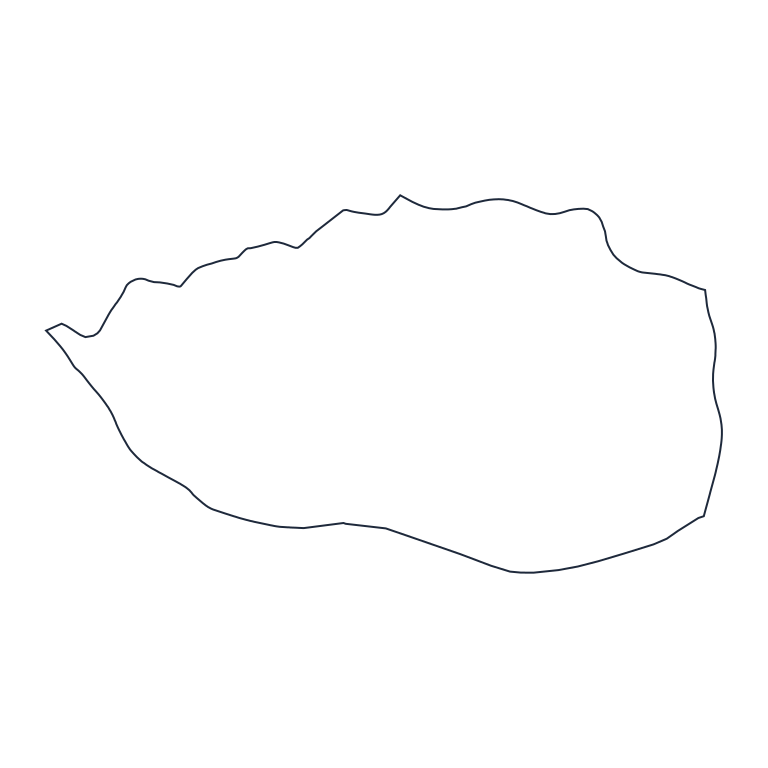 Hoeksche Waard, Zuid-Holland, Netherlands
{"feature_id": "6326949B49925038629159", "entity_name": "Hoeksche Waard", "entity_type": "district", "adm_level": 2, "iso_a3": "NLD", "parent_name": "Netherlands", "parent_adm1": "Zuid-Holland", "projection": "mercator", "projection_center": [4.434, 51.765], "detail": "fine", "context": "isolated", "style": "outline", "palette": "slate", "viewbox_px": 768, "rotation_deg": 0, "n_neighbors": 0, "source": "geoboundaries", "source_scale": "gbopen_adm2", "svg_char_len": 6015}
<svg xmlns="http://www.w3.org/2000/svg" viewBox="0 0 768 768"><path d="M494.0,199.4L489.4,199.8L484.7,200.6L484.3,200.7L479.7,201.7L475.3,202.7L471.1,204.2L470.2,204.6L466.5,206.2L466.0,206.4L462.1,207.2L461.3,207.4L456.9,208.5L456.7,208.6L456.2,208.7L455.0,208.8L451.7,209.2L448.1,209.4L446.5,209.4L442.4,209.4L434.6,209.0L433.3,208.9L428.7,208.1L428.1,207.9L424.0,206.8L423.6,206.7L419.8,205.2L419.2,205.0L418.7,204.8L412.4,201.9L400.9,195.7L400.2,195.3L390.2,206.8L388.8,208.6L387.1,210.5L385.6,211.9L383.7,213.2L381.7,214.1L379.6,214.6L377.4,214.8L375.0,214.8L372.7,214.6L370.3,214.3L365.7,213.6L363.4,213.3L358.7,212.7L356.4,212.3L354.1,211.9L351.8,211.4L349.6,210.8L347.9,210.3L346.7,210.0L346.4,210.0L344.9,210.1L344.1,210.2L343.1,210.4L321.0,227.6L316.3,231.2L311.7,235.7L309.4,238.1L307.1,239.6L302.4,244.3L300.1,246.2L297.8,247.8L295.5,247.8L293.1,247.1L288.4,245.3L283.7,243.6L279.0,242.4L276.6,242.0L274.3,242.0L272.4,242.4L269.6,243.2L264.4,244.8L257.8,246.6L250.7,248.2L247.8,248.3L246.1,249.2L244.5,250.6L242.3,252.8L238.6,256.8L237.2,257.7L235.8,258.3L233.8,258.6L228.7,259.2L225.4,259.7L220.7,260.7L216.1,262.0L211.7,263.5L207.1,264.7L202.7,266.2L198.1,268.1L195.7,269.7L192.2,272.9L186.7,279.1L181.0,285.9L180.4,286.4L179.4,286.6L178.3,286.5L177.1,286.3L173.7,284.9L167.3,283.5L159.9,282.4L154.0,282.1L148.6,280.7L145.3,279.3L142.8,278.8L140.3,278.7L138.1,278.9L135.5,279.5L130.7,281.8L128.7,283.3L126.8,285.2L125.6,287.4L123.6,291.9L121.3,295.8L120.9,296.6L118.6,300.0L117.0,302.4L115.5,304.2L114.3,306.0L112.4,308.7L111.6,309.7L110.1,312.1L108.5,314.8L107.7,316.3L103.6,323.8L100.0,330.4L97.4,333.3L93.5,335.7L91.8,336.0L85.4,337.1L81.9,335.6L80.4,335.0L79.0,334.1L77.6,333.2L75.8,332.0L74.5,331.2L73.9,330.7L66.4,325.9L61.6,323.7L46.1,330.6L54.2,339.2L58.0,343.6L60.4,346.4L62.8,349.4L65.2,352.7L67.6,356.2L70.0,360.0L72.4,363.9L73.6,365.8L74.8,367.4L75.4,368.0L76.0,368.6L77.2,369.6L78.3,370.5L79.5,371.6L81.0,373.1L81.9,374.0L83.1,375.4L84.3,376.9L86.7,380.1L89.1,383.2L91.5,386.2L93.9,389.1L94.9,390.2L95.9,391.3L98.6,394.4L101.0,397.4L103.4,400.6L104.5,402.1L105.8,403.9L107.0,405.7L108.2,407.3L109.8,410.1L110.6,411.3L111.8,413.6L112.6,415.1L112.9,415.8L113.0,416.0L113.7,417.5L114.3,418.9L114.6,419.8L115.3,421.3L115.5,421.7L116.0,423.1L116.3,424.0L117.5,426.7L118.0,427.8L119.1,430.1L120.3,432.5L121.5,434.9L122.8,437.3L123.8,439.2L125.3,441.7L126.3,443.5L127.5,445.6L128.7,447.5L129.2,448.2L129.9,449.3L131.1,450.8L133.5,453.5L134.9,455.0L137.0,457.2L139.5,459.5L140.6,460.5L141.8,461.6L143.1,462.5L144.1,463.1L146.5,464.9L148.7,466.3L150.1,467.2L150.5,467.4L151.3,468.0L153.1,469.0L153.9,469.4L157.7,471.5L157.9,471.7L158.6,472.1L161.9,473.8L162.4,474.1L163.5,474.7L166.7,476.5L166.9,476.6L167.3,476.8L167.6,477.0L168.9,477.7L172.8,479.8L175.4,481.2L179.0,483.2L180.0,483.7L181.7,484.8L182.6,485.3L184.8,486.7L185.5,487.1L186.0,487.5L186.5,487.9L187.3,488.5L188.0,489.1L188.8,489.7L189.2,490.1L189.6,490.4L190.1,491.0L190.7,491.7L191.4,492.4L192.2,493.5L193.1,494.6L193.8,495.3L194.2,495.7L194.7,496.1L196.8,498.0L198.7,499.6L200.2,500.9L200.8,501.4L202.9,503.2L205.0,504.8L205.4,505.2L205.9,505.5L206.4,505.9L206.6,506.0L207.2,506.4L207.9,506.9L208.2,507.1L208.6,507.3L208.8,507.4L209.0,507.5L210.1,508.1L210.6,508.4L210.8,508.5L211.5,508.8L212.6,509.3L212.9,509.4L213.6,509.7L214.4,509.9L214.8,510.1L215.3,510.2L216.1,510.5L225.5,513.6L229.0,514.7L231.4,515.5L231.8,515.6L233.6,516.2L235.7,516.8L238.8,517.8L240.9,518.4L243.5,519.1L246.4,519.9L248.1,520.3L250.3,520.9L252.3,521.3L254.2,521.8L260.9,523.2L269.0,524.9L270.8,525.3L271.4,525.4L272.5,525.6L274.4,526.0L275.6,526.2L276.8,526.4L278.3,526.6L279.7,526.8L281.0,526.9L282.8,527.0L287.3,527.3L289.9,527.4L290.4,527.5L295.5,527.7L299.3,527.9L303.7,528.1L343.5,523.0L345.7,523.8L385.8,528.4L411.7,537.3L460.2,554.1L491.2,565.8L510.0,571.6L520.8,572.6L533.4,572.7L558.4,570.1L577.9,566.5L598.0,561.3L623.2,553.8L653.5,544.4L666.8,538.7L677.6,531.1L698.4,518.0L703.8,516.2L705.6,509.5L707.5,502.6L709.7,494.5L710.3,492.1L714.9,475.3L715.7,472.1L716.3,469.4L717.6,463.9L719.2,456.2L720.2,450.5L721.0,444.7L721.1,444.2L721.5,440.7L721.7,438.4L721.8,436.5L721.9,434.3L721.9,432.6L721.9,430.6L721.9,429.8L721.5,424.8L720.5,418.4L720.1,416.7L719.6,414.6L718.2,409.6L716.4,403.7L715.1,398.6L714.2,393.5L714.0,392.5L713.9,391.3L713.8,391.1L713.8,390.8L713.5,388.2L713.4,387.1L713.0,380.8L713.0,380.1L713.1,375.0L713.1,374.1L713.5,369.5L714.4,362.6L714.7,361.2L715.1,358.4L715.4,355.6L715.4,353.9L715.5,351.7L715.6,349.4L715.7,348.3L715.7,346.0L715.6,343.8L715.5,342.3L715.4,341.3L715.3,339.8L715.2,338.7L714.5,333.3L714.3,332.7L713.6,329.3L713.0,327.0L712.1,324.2L710.4,319.2L709.3,315.9L708.3,312.0L708.2,311.4L707.6,308.5L707.1,306.2L706.7,303.1L706.2,298.2L705.7,295.0L705.1,290.0L701.2,289.0L698.8,288.3L696.9,287.5L696.5,287.3L691.9,285.5L689.5,284.6L687.2,283.6L684.8,282.4L682.2,281.2L678.2,279.5L675.5,278.4L672.0,277.1L670.6,276.7L669.3,276.2L665.3,275.2L662.4,274.8L660.1,274.4L658.1,274.2L655.2,273.8L652.3,273.5L642.8,272.5L641.6,272.3L640.5,272.0L639.3,271.7L637.8,271.2L637.1,270.9L634.5,269.7L632.2,268.6L630.4,267.7L629.9,267.5L626.9,265.8L626.7,265.7L625.7,265.1L624.3,264.3L622.8,263.3L622.5,263.1L621.8,262.6L620.4,261.4L616.6,258.2L613.4,254.7L610.5,250.0L608.1,245.3L608.0,245.1L607.4,243.2L606.5,240.7L605.8,236.0L605.3,233.2L605.2,232.4L605.0,231.3L603.2,226.6L601.7,221.9L599.8,218.5L599.5,217.9L599.3,217.6L599.0,217.2L598.7,216.8L598.3,216.4L597.7,215.7L597.3,215.3L596.9,214.9L594.7,213.0L594.2,212.6L593.0,211.7L592.8,211.6L592.6,211.5L592.0,211.1L590.1,210.2L588.2,209.3L587.9,209.1L583.4,208.7L583.2,208.7L578.5,208.9L573.8,209.4L572.2,209.7L569.4,210.2L569.1,210.3L564.5,211.8L559.8,213.2L555.1,214.0L550.4,214.1L545.9,213.4L545.1,213.2L544.4,212.9L541.0,211.9L536.3,210.2L531.6,208.3L530.5,207.9L526.9,206.3L524.0,205.2L522.2,204.4L517.5,202.5L512.8,201.0L512.3,200.9L509.8,200.4L508.1,200.0L506.2,199.8L503.4,199.4L498.7,199.2L496.5,199.3L494.0,199.4Z" fill="none" stroke="#1e293b" stroke-width="2"/></svg>